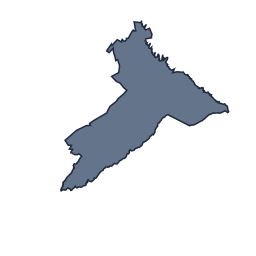 the district of Zvimba, Mashonaland West, Zimbabwe, rotated 220°
{"feature_id": "62879985B3462136177187", "entity_name": "Zvimba", "entity_type": "district", "adm_level": 2, "iso_a3": "ZWE", "parent_name": "Zimbabwe", "parent_adm1": "Mashonaland West", "projection": "equal_earth", "projection_center": [30.365, -17.376], "detail": "fine", "context": "isolated", "style": "filled", "palette": "slate", "viewbox_px": 256, "rotation_deg": 220, "n_neighbors": 0, "source": "geoboundaries", "source_scale": "gbopen_adm2", "svg_char_len": 5928}
<svg xmlns="http://www.w3.org/2000/svg" viewBox="0 0 256 256"><g transform="rotate(220 128 128)"><path d="M179.1,214.7L179.8,216.0L180.3,218.5L180.6,218.4L180.6,216.4L181.0,215.9L180.7,215.2L182.3,215.6L182.7,215.1L182.9,215.4L182.8,215.7L183.8,216.8L184.1,216.4L185.1,216.9L186.6,219.1L185.7,217.1L191.5,213.2L184.6,207.4L185.0,207.2L185.6,206.2L186.9,206.4L187.1,205.9L186.1,199.7L185.3,197.2L186.8,195.6L186.0,194.8L186.1,192.4L187.9,191.9L189.4,192.2L189.5,192.0L188.3,189.8L193.0,188.7L193.3,181.1L194.7,181.8L194.1,174.7L193.8,173.3L190.9,173.6L190.6,179.7L188.8,177.6L187.0,176.2L183.4,174.0L180.7,171.7L179.9,173.7L174.3,170.1L170.7,164.4L173.7,157.0L167.0,156.2L162.6,157.3L157.1,156.1L153.2,156.1L153.3,150.7L153.8,148.2L154.4,144.1L154.1,140.7L155.7,133.0L154.4,126.9L153.9,126.0L158.7,112.7L160.0,108.3L160.3,106.7L158.4,105.9L161.5,103.0L165.9,93.1L168.3,78.1L162.8,76.4L160.1,78.4L159.3,74.1L156.7,76.0L156.2,72.7L155.8,72.3L154.1,73.1L153.2,73.0L151.7,73.3L149.6,75.1L149.1,76.6L145.5,76.7L145.3,76.3L145.4,74.7L145.0,71.8L144.7,70.7L144.4,70.4L144.6,69.9L144.6,69.3L144.8,68.6L144.4,68.0L145.0,66.5L146.0,66.2L146.2,65.4L146.0,65.1L145.8,64.0L144.2,63.3L143.9,63.3L143.5,63.0L143.6,62.7L144.0,62.5L144.0,62.2L143.9,62.0L143.3,61.9L143.2,59.2L142.5,58.3L142.7,57.5L142.3,56.0L142.8,55.3L142.8,53.7L143.0,52.0L143.0,50.0L142.5,48.1L142.2,47.7L142.4,47.6L142.5,47.2L142.8,46.9L142.5,46.5L142.4,46.1L142.9,45.0L142.6,44.0L142.2,44.1L141.2,43.1L141.4,42.4L141.2,42.0L140.7,42.1L140.4,41.9L140.5,41.5L140.5,39.2L140.2,38.9L139.8,39.0L139.6,38.7L139.7,37.4L138.8,36.9L138.3,38.4L137.6,39.6L136.8,39.6L135.7,40.7L135.9,41.9L135.5,43.5L134.7,43.4L133.0,44.1L132.4,43.9L131.8,43.4L131.4,43.7L131.1,44.3L131.2,46.2L130.8,47.2L131.0,47.8L131.0,49.4L130.3,49.0L129.5,49.3L128.7,49.2L127.7,51.5L126.3,52.1L126.0,52.5L125.3,53.4L125.2,54.5L124.8,55.4L123.9,56.3L123.6,57.0L123.7,57.7L124.7,58.5L124.6,59.0L123.9,60.1L124.0,60.4L124.2,60.7L124.8,60.5L125.1,60.7L125.3,62.7L124.1,62.4L123.2,62.5L121.8,63.1L121.3,63.9L121.5,64.5L121.0,65.4L120.9,67.0L121.6,67.8L121.7,68.2L121.6,68.4L120.9,68.3L120.4,69.0L120.3,69.6L120.8,74.5L120.7,77.8L119.9,79.6L120.4,81.0L120.3,81.8L119.8,82.6L120.0,83.8L119.6,84.3L118.2,84.9L118.1,85.3L117.5,85.8L117.7,86.6L117.4,87.4L117.0,87.8L116.4,87.9L116.0,88.4L115.8,89.3L115.9,91.3L115.7,92.0L114.2,92.7L113.2,93.5L113.1,94.4L113.4,95.1L113.2,96.3L113.4,96.9L113.3,97.6L112.8,98.3L112.5,99.5L112.4,101.1L111.7,101.7L111.1,102.9L111.0,103.7L111.0,104.7L112.0,107.8L111.5,108.6L111.1,108.5L111.0,109.4L111.4,110.3L112.2,110.8L112.5,112.4L111.8,112.8L111.3,112.5L110.9,112.5L110.0,113.5L109.1,114.8L109.1,116.2L109.3,116.7L109.3,117.0L108.2,118.4L107.7,119.8L106.9,120.4L106.4,122.3L106.6,123.2L106.2,123.9L106.7,124.9L107.2,127.0L106.5,127.8L105.5,130.5L105.8,131.4L105.4,131.9L105.1,133.5L105.7,135.8L105.6,136.4L105.1,137.2L105.3,138.9L105.2,139.0L104.2,139.1L104.2,139.3L104.7,142.3L105.1,142.6L105.5,142.6L105.8,143.2L105.9,144.2L106.4,145.5L106.4,146.4L106.5,146.9L106.4,147.7L106.5,148.4L106.7,148.9L107.6,149.6L107.7,150.1L108.0,150.7L107.9,151.3L107.3,152.1L107.7,153.6L107.5,154.8L107.8,156.4L107.9,158.0L106.9,160.1L107.0,161.7L106.3,163.3L106.1,163.8L101.1,165.0L82.2,169.3L82.2,170.0L79.6,172.6L78.7,174.5L76.5,180.3L75.8,181.4L75.6,183.8L75.1,184.5L75.2,186.2L74.7,188.2L74.8,190.0L74.3,190.3L73.5,191.6L72.8,193.6L72.4,194.3L71.4,194.8L69.1,197.2L67.7,197.9L67.3,198.4L66.5,199.4L64.8,203.3L62.3,203.9L61.6,203.8L61.3,204.4L61.4,205.1L61.8,205.6L63.4,206.2L65.7,208.4L67.0,208.6L68.0,208.1L69.4,208.7L69.7,208.5L69.7,208.1L70.4,207.3L71.7,207.0L73.6,205.9L74.0,205.9L74.5,206.4L74.5,205.7L74.9,205.3L75.3,205.4L75.6,205.8L76.0,206.1L76.6,205.7L77.1,205.0L77.6,205.5L78.4,205.1L78.8,205.5L80.8,205.4L83.0,205.9L83.3,205.6L84.6,205.8L85.3,207.0L85.5,206.7L85.9,206.7L85.8,206.0L85.9,205.7L86.3,205.7L86.7,206.2L87.5,206.0L87.7,206.8L89.0,206.5L89.6,207.0L90.0,206.7L90.0,206.1L90.8,205.3L91.2,205.4L92.2,204.8L92.8,204.9L93.1,204.4L93.5,205.6L94.4,205.3L94.3,205.0L94.5,205.0L95.0,205.3L95.3,206.2L95.7,206.2L96.3,207.0L96.7,206.7L96.8,206.0L97.3,206.3L97.4,205.9L97.7,205.8L98.4,204.7L98.5,204.2L99.0,204.2L99.3,204.5L99.6,204.0L100.1,203.8L100.6,204.0L101.0,204.5L102.8,204.0L104.8,204.2L104.8,204.5L105.7,204.6L106.3,205.1L107.4,205.2L107.9,205.8L108.8,205.4L109.6,205.4L110.9,206.5L111.6,205.9L112.3,206.3L112.6,205.6L112.9,205.6L114.1,206.6L114.9,206.4L116.0,207.1L116.2,206.7L116.8,207.0L117.8,205.9L118.5,205.7L120.2,205.9L121.6,206.4L122.5,205.3L123.7,204.7L124.3,204.1L125.8,203.2L127.2,201.9L129.2,199.0L130.5,203.0L131.5,200.6L133.2,199.9L134.0,200.3L134.9,200.1L135.5,200.6L135.8,201.0L137.0,200.7L138.2,200.8L138.6,201.1L138.3,202.0L141.5,202.5L142.0,206.1L142.9,207.4L143.2,207.4L143.7,206.5L144.2,204.7L144.3,203.0L144.5,202.3L144.8,202.6L145.3,204.7L145.7,205.0L146.0,204.8L147.0,204.8L147.8,205.7L148.3,206.6L148.2,206.1L147.5,204.4L146.3,202.8L146.2,201.6L145.9,201.1L146.0,200.5L147.0,199.6L147.5,200.0L147.8,199.8L148.4,200.1L148.2,201.0L148.3,201.3L149.2,201.5L149.7,202.0L150.2,201.9L149.9,202.6L150.4,203.1L150.7,202.4L151.2,202.9L151.3,203.6L151.7,203.6L152.3,204.6L152.2,203.6L151.6,201.8L151.5,200.9L152.2,199.6L152.7,199.6L153.3,200.2L153.5,199.9L153.9,200.2L154.3,200.2L154.7,200.5L154.9,200.9L154.9,201.9L155.4,202.9L155.6,203.6L155.7,202.8L155.4,201.7L155.7,200.2L157.2,200.9L157.5,201.4L157.7,201.0L158.3,201.0L158.8,202.0L159.6,202.2L159.8,202.4L159.8,203.1L159.6,203.9L160.3,203.0L160.5,203.1L160.8,203.5L160.9,204.1L161.3,203.8L161.6,204.0L161.9,204.7L162.0,203.8L162.3,203.3L162.9,202.8L163.7,202.8L164.3,203.9L164.4,204.9L164.9,205.8L165.1,207.4L165.4,206.4L165.4,204.6L165.6,204.1L166.0,204.4L167.3,203.8L168.0,205.5L168.1,205.3L168.2,204.3L168.5,204.2L168.9,205.3L169.6,206.0L170.1,206.3L170.8,205.8L171.6,207.9L168.0,212.1L169.7,214.7L169.7,215.1L175.6,218.2L177.5,214.5L179.1,214.7Z" fill="#64748b" stroke="#1e293b" stroke-width="1.5"/></g></svg>